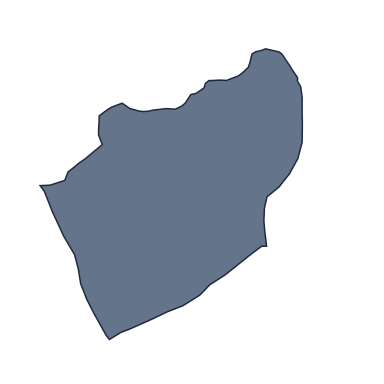 outline of Akoko South East, Ondo, Nigeria, rotated 249°
{"feature_id": "59680162B2512996274201", "entity_name": "Akoko South East", "entity_type": "district", "adm_level": 2, "iso_a3": "NGA", "parent_name": "Nigeria", "parent_adm1": "Ondo", "projection": "equal_earth", "projection_center": [5.93, 7.423], "detail": "fine", "context": "isolated", "style": "filled", "palette": "slate", "viewbox_px": 384, "rotation_deg": 249, "n_neighbors": 0, "source": "geoboundaries", "source_scale": "gbopen_adm2", "svg_char_len": 1339}
<svg xmlns="http://www.w3.org/2000/svg" viewBox="0 0 384 384"><g transform="rotate(249 192 192)"><path d="M251.4,331.2L257.5,330.2L261.0,331.5L270.3,329.3L275.7,328.4L279.5,327.4L284.0,326.4L288.6,325.4L291.6,323.4L299.3,312.0L299.3,306.9L300.1,301.7L299.4,297.5L291.9,292.3L288.1,289.1L285.2,281.8L283.7,276.6L283.8,271.5L283.8,264.2L285.0,261.5L286.9,257.0L288.5,251.8L290.0,247.7L288.6,243.5L284.8,240.4L282.6,231.0L283.4,225.8L279.2,220.0L277.4,217.5L275.9,213.3L275.3,206.1L279.1,197.8L280.7,191.6L282.3,185.4L283.1,180.2L284.6,175.1L286.9,171.0L290.0,166.9L292.3,163.8L296.9,160.7L299.9,158.7L300.0,153.5L300.0,147.3L299.3,143.1L296.4,132.7L288.8,129.5L284.3,127.4L279.0,125.3L274.5,125.2L272.2,125.2L268.4,125.2L261.0,103.3L259.6,97.1L257.4,90.8L255.2,83.6L248.4,77.3L249.3,61.7L252.4,52.5L245.4,54.4L223.4,54.6L196.5,56.4L175.7,59.9L166.3,58.9L161.0,58.3L146.3,55.2L129.1,55.3L113.2,57.0L101.0,58.8L88.8,60.5L83.9,62.0L86.1,73.7L86.4,75.3L86.4,85.1L87.7,109.8L89.0,126.2L89.1,142.6L92.9,162.2L94.0,164.7L99.0,175.3L102.8,193.4L112.7,224.5L116.4,237.6L114.7,242.2L117.0,242.8L128.7,245.7L139.7,248.9L146.7,252.0L150.8,253.7L158.7,259.0L160.6,260.2L165.5,275.0L174.2,289.7L185.2,302.7L198.7,312.5L214.1,318.7L214.7,318.9L219.2,320.6L228.2,323.8L240.4,328.6L251.4,331.2Z" fill="#64748b" stroke="#1e293b" stroke-width="1.5"/></g></svg>